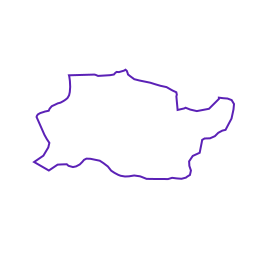 outline of Najrah, Hajjah, Yemen, rotated 302°
{"feature_id": "15242507B62258600143859", "entity_name": "Najrah", "entity_type": "district", "adm_level": 2, "iso_a3": "YEM", "parent_name": "Yemen", "parent_adm1": "Hajjah", "projection": "albers", "projection_center": [43.546, 15.647], "detail": "fine", "context": "isolated", "style": "outline", "palette": "violet", "viewbox_px": 256, "rotation_deg": 302, "n_neighbors": 0, "source": "geoboundaries", "source_scale": "gbopen_adm2", "svg_char_len": 1590}
<svg xmlns="http://www.w3.org/2000/svg" viewBox="0 0 256 256"><g transform="rotate(302 128 128)"><path d="M141.4,50.0L140.7,50.8L137.1,53.8L132.2,57.2L127.6,59.6L124.5,60.7L121.3,60.8L118.9,60.0L116.7,59.0L113.7,57.3L111.7,55.4L109.0,53.7L106.1,51.8L102.9,51.3L100.6,51.6L97.8,48.7L97.0,48.1L94.2,45.7L91.8,44.4L90.2,44.3L88.9,44.6L77.9,60.8L77.8,61.0L75.6,65.0L73.7,69.2L69.3,70.7L64.6,70.8L59.7,70.9L49.4,66.4L50.0,83.4L59.6,87.7L62.2,91.4L64.8,95.3L64.4,97.6L65.7,102.0L67.9,104.3L71.5,106.4L74.9,107.2L77.7,107.6L80.0,109.0L82.0,112.5L85.3,121.4L85.2,125.8L84.7,131.3L82.9,136.3L82.8,140.3L83.1,144.6L83.6,147.1L84.3,148.8L85.3,151.2L87.6,154.5L91.0,158.4L93.4,163.8L93.7,165.2L94.7,170.7L100.2,179.8L103.9,185.7L105.9,189.0L109.1,191.8L109.3,192.2L111.0,195.9L113.3,200.3L116.6,203.4L118.2,204.0L118.6,204.2L119.2,204.5L121.0,205.4L125.3,203.9L128.4,200.1L132.1,197.5L138.6,197.7L145.0,201.9L155.0,198.1L157.2,197.2L159.7,198.5L162.7,203.0L167.1,206.0L171.8,207.1L175.8,209.4L178.1,211.7L186.2,211.1L190.8,210.8L195.3,209.2L197.8,208.3L199.7,207.6L204.5,205.2L206.6,201.1L205.7,196.7L205.3,196.0L203.6,192.7L201.9,189.0L200.9,189.7L187.2,186.5L178.8,177.4L176.6,171.0L175.7,166.1L174.4,165.3L169.6,160.5L175.0,156.4L180.4,152.3L182.2,151.7L183.9,150.0L183.4,146.0L183.3,144.1L183.1,139.0L181.0,133.2L179.6,128.2L178.3,123.2L178.0,122.3L174.3,112.4L172.7,107.4L173.1,102.3L173.4,99.6L174.2,98.8L175.8,96.7L176.1,95.0L174.5,94.2L170.6,90.7L169.5,88.6L167.9,88.0L165.9,87.7L163.3,84.8L156.3,75.0L155.9,72.4L155.5,71.2L141.4,50.0Z" fill="none" stroke="#5b21b6" stroke-width="2"/></g></svg>